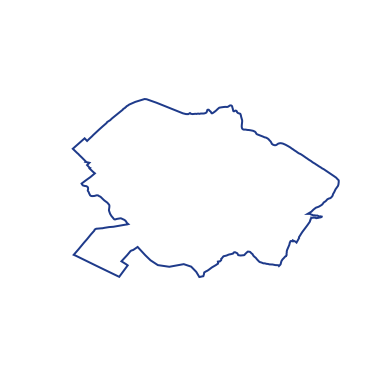 outline of Magureni, Prahova, Romania, rotated 151°
{"feature_id": "2599482B49978352141893", "entity_name": "Magureni", "entity_type": "district", "adm_level": 2, "iso_a3": "ROU", "parent_name": "Romania", "parent_adm1": "Prahova", "projection": "robinson", "projection_center": [25.724, 45.056], "detail": "fine", "context": "isolated", "style": "outline", "palette": "blue", "viewbox_px": 384, "rotation_deg": 151, "n_neighbors": 0, "source": "geoboundaries", "source_scale": "gbopen_adm2", "svg_char_len": 5947}
<svg xmlns="http://www.w3.org/2000/svg" viewBox="0 0 384 384"><g transform="rotate(151 192 192)"><path d="M224.3,295.5L226.5,295.1L228.7,294.5L232.3,294.3L233.2,293.8L234.0,293.6L238.3,292.7L242.7,291.7L250.8,289.7L252.4,289.2L256.1,288.3L259.0,287.5L259.9,291.0L275.3,287.6L273.8,282.7L273.3,281.1L273.2,280.9L273.0,280.5L272.7,279.1L271.6,275.5L270.1,270.2L270.6,270.0L267.6,267.3L270.7,266.4L269.8,262.8L269.5,262.4L270.2,262.2L270.0,261.6L268.8,257.7L267.9,255.4L273.6,254.3L277.1,253.9L279.5,253.6L284.5,252.9L284.5,252.2L284.4,251.3L284.2,250.6L282.8,249.2L281.9,248.6L281.4,248.1L281.1,247.5L280.8,246.6L280.9,246.2L281.0,245.8L281.4,245.1L281.7,244.6L282.2,244.2L282.5,243.7L282.5,242.9L282.4,242.1L282.6,240.8L282.7,238.6L282.5,238.0L282.0,237.3L281.3,236.8L280.5,236.4L279.1,235.8L277.2,235.4L276.4,235.0L275.7,234.4L275.2,233.3L274.6,232.6L274.3,232.1L273.1,228.1L272.8,227.2L271.2,223.7L271.0,222.6L270.7,221.3L270.7,220.8L270.8,220.3L271.2,219.5L271.8,218.6L273.4,216.5L273.6,216.0L273.9,214.5L274.1,213.2L274.2,212.4L274.1,210.1L273.9,209.0L273.6,207.6L273.5,206.8L273.4,206.3L273.2,205.8L272.9,205.5L272.6,205.3L270.5,204.8L267.4,203.7L266.9,203.4L266.2,202.5L264.6,200.3L264.3,199.5L264.1,198.9L264.0,198.5L263.9,196.4L263.3,194.8L264.5,195.1L266.3,195.8L277.6,199.7L278.7,200.2L281.5,201.5L285.9,203.1L287.9,203.7L288.7,204.1L293.6,206.3L294.7,206.3L295.3,206.3L295.6,206.1L295.9,205.8L296.4,205.5L301.0,203.9L306.7,201.6L310.9,200.1L318.8,197.0L325.9,194.4L324.3,192.3L322.0,189.0L311.2,173.5L296.8,153.1L283.8,159.0L284.6,160.7L285.1,161.6L287.3,165.6L279.4,168.2L274.5,170.1L273.5,170.2L271.5,169.8L266.2,170.3L263.5,159.3L261.4,152.4L257.3,144.6L248.1,137.6L234.2,132.9L228.9,127.1L227.0,120.1L226.8,114.1L222.9,112.9L221.6,114.1L220.3,115.7L217.7,115.8L217.3,115.7L215.4,115.8L211.1,116.4L206.4,116.5L205.2,116.7L204.9,116.6L204.1,116.7L203.9,116.8L203.5,117.4L203.3,118.1L203.1,118.6L202.7,118.5L201.9,118.0L201.3,117.8L200.4,118.1L199.9,118.1L199.6,118.2L199.1,118.8L198.8,119.4L198.1,119.5L196.2,120.3L195.6,120.5L192.7,119.7L191.8,119.6L190.5,119.5L189.3,119.2L188.2,118.8L187.3,118.6L186.3,118.3L185.7,118.3L185.4,118.5L185.2,118.7L184.8,118.8L184.3,118.8L183.4,118.3L182.1,116.4L182.1,115.9L182.2,114.5L182.1,114.3L180.3,112.9L177.3,111.6L176.9,111.5L176.6,111.5L176.1,111.8L173.3,112.6L172.0,112.8L171.3,112.3L170.5,111.7L170.2,111.3L169.7,109.5L169.3,108.6L169.2,108.4L169.2,106.5L169.1,106.2L168.7,104.8L168.3,104.0L168.1,103.3L167.8,101.5L167.1,98.8L166.7,97.9L165.4,96.6L164.3,95.2L164.0,94.9L162.9,94.3L161.6,93.0L160.4,92.2L159.3,91.1L156.8,89.6L156.2,89.1L154.7,87.8L154.0,87.3L152.1,86.2L151.8,85.8L151.8,85.4L151.8,85.1L150.7,85.4L149.6,85.8L147.4,88.1L146.2,88.8L145.4,89.2L144.0,89.6L141.7,90.4L141.3,90.4L140.8,90.3L140.3,90.8L139.7,91.1L139.6,91.5L139.1,92.4L138.2,93.5L137.9,94.2L136.9,95.2L132.5,98.6L130.9,100.4L130.3,100.7L130.0,101.0L129.7,101.2L129.4,101.2L129.0,101.1L128.4,100.5L127.5,99.8L127.2,99.8L127.0,100.4L125.7,98.6L125.2,97.4L125.1,97.1L120.7,99.8L120.7,100.1L120.2,100.7L120.0,100.8L118.8,101.4L116.9,102.5L114.8,103.6L107.4,106.9L103.9,108.6L103.2,109.0L102.5,109.8L102.2,109.9L101.9,110.3L101.4,110.8L101.2,110.9L100.2,111.1L99.9,111.4L99.9,111.6L96.9,109.9L96.4,109.4L96.1,108.9L93.6,108.0L93.2,108.0L92.0,107.5L90.8,107.3L90.5,107.6L91.5,108.5L92.3,108.8L92.8,109.2L93.3,110.0L93.9,110.7L94.9,111.2L96.0,112.1L97.2,112.8L98.9,114.8L99.2,115.3L99.6,115.8L101.4,116.8L97.2,116.9L94.4,117.7L92.6,118.0L91.1,118.2L89.0,117.8L87.9,117.7L85.1,117.8L84.4,117.9L83.6,118.2L83.2,118.3L81.9,119.0L80.2,119.1L79.1,119.3L77.7,119.8L77.1,120.0L75.2,119.9L74.2,119.6L73.8,119.6L72.7,119.8L71.0,120.5L70.5,120.9L69.8,121.7L69.1,122.1L67.3,123.2L65.3,124.7L61.3,126.6L60.3,127.6L59.1,129.2L58.6,130.0L58.1,131.0L58.1,131.4L58.7,133.4L58.9,134.5L60.0,136.8L65.8,148.2L66.7,149.5L67.4,151.0L68.8,153.4L69.3,154.5L70.1,155.9L70.5,156.8L72.1,159.5L72.9,161.4L74.0,163.3L74.4,164.1L75.1,165.6L75.6,166.5L77.0,169.4L77.7,170.8L78.8,172.8L79.4,173.4L80.0,174.4L80.6,175.5L81.0,176.5L82.4,179.1L82.9,180.3L83.2,180.7L83.3,181.1L83.7,181.6L84.3,183.1L85.4,185.0L86.9,187.4L87.3,188.0L88.9,190.1L89.6,190.8L90.5,191.5L91.1,191.9L92.0,192.2L93.1,192.5L94.1,192.4L94.7,192.3L95.7,192.3L96.2,192.4L97.1,192.9L97.9,193.7L98.1,193.9L98.2,194.2L98.5,194.8L98.8,195.4L98.8,195.8L98.7,196.6L98.7,197.5L98.8,198.4L99.2,199.7L99.4,200.9L99.9,202.1L100.7,203.4L101.1,203.9L101.9,204.5L103.1,206.1L107.1,210.9L107.4,211.6L107.5,212.0L107.4,212.6L107.5,213.6L107.8,214.4L108.1,214.8L109.0,216.0L111.0,217.7L112.3,218.7L113.6,219.5L114.6,220.4L116.5,221.5L116.9,221.9L117.2,222.5L117.3,222.7L117.3,223.4L117.3,223.8L116.8,225.1L116.0,226.4L114.1,229.1L113.8,229.6L113.3,230.6L113.1,231.7L113.0,232.2L112.9,232.3L112.6,233.8L112.2,235.0L111.9,236.4L111.9,237.0L112.2,237.4L113.2,238.4L113.5,238.8L113.7,239.3L113.9,240.1L113.9,240.3L113.7,240.7L113.8,241.3L114.1,241.8L114.3,242.0L114.8,242.2L115.5,242.1L116.1,242.2L116.4,242.4L116.6,242.8L116.2,244.4L115.9,245.2L115.8,246.0L115.4,247.4L115.4,247.8L115.5,248.2L115.7,248.6L116.1,248.9L116.6,249.2L117.1,249.3L118.9,249.1L119.9,249.3L120.3,249.5L121.9,250.5L122.5,250.7L122.9,250.9L125.2,251.8L127.2,252.5L128.0,252.4L129.8,252.0L131.2,251.6L133.4,251.2L135.5,251.0L136.4,251.1L136.7,251.5L136.7,253.0L136.8,253.6L137.3,254.5L137.3,254.8L137.4,255.5L137.5,255.8L138.0,256.2L138.3,256.3L138.8,256.3L139.2,255.9L140.2,255.0L140.7,254.6L141.3,254.5L141.8,254.5L142.3,254.6L142.9,254.7L144.0,255.1L146.1,256.3L147.7,256.8L148.5,257.5L148.9,257.7L150.4,258.2L150.9,258.6L151.4,258.9L153.6,259.8L153.9,260.0L155.1,261.0L155.5,262.0L155.8,262.0L157.4,261.9L157.7,262.0L158.1,262.2L158.5,262.6L159.3,262.9L160.7,264.2L161.8,265.2L179.7,287.2L186.7,295.1L188.4,296.3L197.9,298.3L204.5,298.9L205.6,298.8L206.1,298.7L207.7,298.7L208.6,298.3L209.4,298.3L209.7,298.1L210.3,298.0L211.7,298.0L212.6,297.6L212.9,297.5L224.3,295.5Z" fill="none" stroke="#1e3a8a" stroke-width="2"/></g></svg>